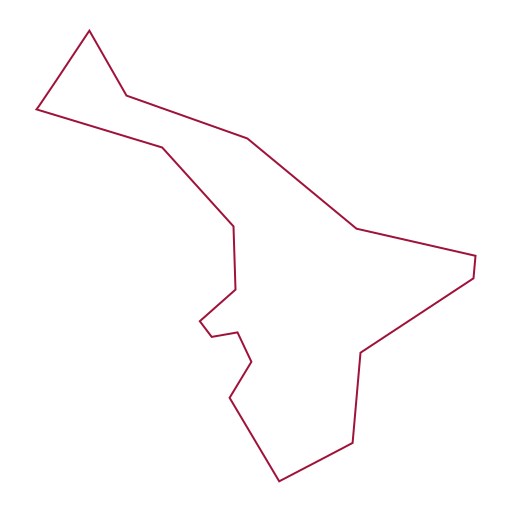 Malakal, Upper Nile, South Sudan
{"feature_id": "79223893B90064315418203", "entity_name": "Malakal", "entity_type": "district", "adm_level": 2, "iso_a3": "SSD", "parent_name": "South Sudan", "parent_adm1": "Upper Nile", "projection": "robinson", "projection_center": [31.585, 9.673], "detail": "fine", "context": "isolated", "style": "outline", "palette": "rose", "viewbox_px": 512, "rotation_deg": 0, "n_neighbors": 0, "source": "geoboundaries", "source_scale": "gbopen_adm2", "svg_char_len": 404}
<svg xmlns="http://www.w3.org/2000/svg" viewBox="0 0 512 512"><path d="M331.9,453.8L352.6,442.9L360.5,352.7L473.5,278.3L475.5,255.8L356.5,228.7L247.4,138.5L126.5,95.6L89.4,30.7L87.0,34.2L70.9,58.4L56.3,80.4L39.2,105.7L36.5,109.4L162.2,147.5L233.5,226.4L235.5,289.6L199.8,321.2L211.7,336.9L237.5,332.4L251.4,361.8L229.6,397.8L279.2,481.3L331.9,453.8Z" fill="none" stroke="#9f1239" stroke-width="2"/></svg>